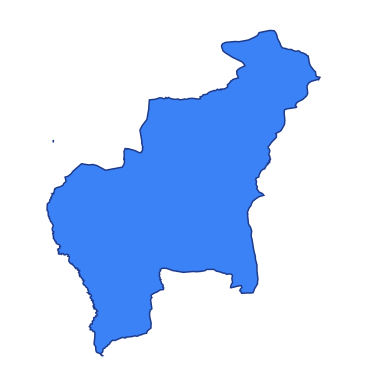 Shinyanga, Shinyanga, United Republic of Tanzania (Natural Earth projection), rotated 80°
{"feature_id": "72390352B3732768371218", "entity_name": "Shinyanga", "entity_type": "district", "adm_level": 2, "iso_a3": "TZA", "parent_name": "United Republic of Tanzania", "parent_adm1": "Shinyanga", "projection": "natural_earth1", "projection_center": [33.123, -3.598], "detail": "fine", "context": "isolated", "style": "filled", "palette": "blue", "viewbox_px": 384, "rotation_deg": 80, "n_neighbors": 0, "source": "geoboundaries", "source_scale": "gbopen_adm2", "svg_char_len": 6014}
<svg xmlns="http://www.w3.org/2000/svg" viewBox="0 0 384 384"><g transform="rotate(80 192 192)"><path d="M51.4,136.2L52.7,137.3L54.2,137.6L58.5,136.9L60.7,135.0L66.5,128.6L72.4,120.3L74.5,118.8L76.4,118.0L76.9,118.0L78.5,123.6L79.5,125.6L80.8,127.0L84.0,127.3L85.4,126.8L87.6,126.5L88.3,132.2L89.3,133.7L89.5,134.7L90.5,135.3L92.7,138.6L94.0,138.4L94.7,138.8L95.9,141.2L96.1,142.5L95.7,145.9L96.4,145.8L95.9,148.1L95.2,149.0L96.3,151.2L95.8,152.9L96.2,153.9L96.3,156.2L97.3,159.0L98.3,160.2L98.2,164.1L99.7,165.8L99.5,167.4L101.5,167.6L101.6,169.7L99.8,175.3L99.4,179.1L99.7,180.9L99.4,182.8L99.0,183.3L99.3,184.6L99.1,188.0L97.9,189.7L98.0,191.7L97.3,194.2L96.2,197.0L94.8,198.6L95.4,200.8L94.4,201.3L95.4,202.8L95.3,203.7L94.2,205.3L93.6,207.4L94.3,211.9L93.9,218.0L103.4,220.4L112.7,223.8L117.9,229.4L121.9,232.5L133.4,232.6L135.2,233.0L139.6,232.7L139.6,233.0L140.5,233.2L142.2,233.3L144.0,235.3L144.2,235.2L144.3,236.8L141.3,241.0L138.4,247.1L138.0,248.7L138.3,248.6L137.6,250.3L140.4,252.0L142.9,252.1L147.8,253.4L147.7,252.8L151.9,253.6L155.4,256.2L155.6,273.3L149.4,281.1L147.7,284.9L147.4,289.0L145.0,295.9L150.9,305.6L153.2,308.0L155.0,311.5L155.3,314.4L159.7,314.2L161.5,316.9L162.9,317.8L163.8,320.4L164.2,322.2L164.0,323.2L164.9,326.5L165.8,326.6L166.1,327.2L167.4,327.5L169.0,328.6L169.6,328.5L169.4,329.6L169.6,329.4L170.6,330.4L171.5,330.5L173.1,332.0L173.7,331.6L175.0,333.3L177.0,334.0L178.7,336.6L184.7,337.9L185.1,337.9L186.0,337.1L190.1,337.6L191.2,337.5L191.9,336.8L193.1,337.2L193.9,336.7L196.5,336.3L197.2,335.7L200.4,334.5L201.3,334.6L204.0,336.1L206.1,336.1L207.0,335.2L207.5,335.6L207.6,335.2L208.8,335.7L208.9,336.4L210.9,336.0L211.4,336.4L212.6,336.1L213.6,336.6L214.5,335.9L216.8,335.3L217.3,334.5L218.7,334.7L219.4,334.2L221.1,331.7L222.6,331.0L222.8,331.8L224.2,331.8L225.0,334.0L225.5,333.6L226.3,334.2L227.3,333.6L228.1,334.0L228.5,333.7L229.6,334.2L230.1,333.6L230.3,331.8L230.7,331.5L230.1,330.8L230.5,329.3L231.6,328.9L231.9,327.7L231.5,326.7L232.1,325.0L232.7,324.8L233.7,325.4L234.1,324.2L235.0,324.1L238.0,325.2L239.1,325.2L240.5,324.6L241.9,323.3L241.7,322.7L242.1,322.4L242.7,322.4L244.3,321.0L245.8,320.5L247.2,319.6L246.9,318.5L247.1,318.1L248.2,317.7L248.4,318.1L249.0,317.5L249.2,317.9L249.6,317.6L250.2,317.0L250.0,316.4L250.7,316.5L251.6,317.7L253.1,316.9L253.9,317.4L254.2,316.7L255.1,317.2L255.7,317.2L256.5,315.9L257.4,315.8L258.6,314.8L259.6,315.1L260.0,314.0L260.9,313.7L261.2,314.4L263.2,315.2L264.5,314.8L265.5,313.6L267.3,312.8L268.8,311.4L270.2,311.6L271.6,311.1L273.4,311.4L272.8,311.7L272.9,312.1L273.2,311.6L273.8,311.6L275.2,310.7L275.3,310.3L274.7,310.0L276.5,309.0L277.4,309.2L277.8,310.5L278.5,310.6L280.8,309.0L281.2,309.6L281.6,309.3L281.5,308.7L282.2,308.0L283.0,308.8L283.7,308.8L286.0,307.9L286.5,308.9L287.4,308.4L287.8,309.2L288.6,309.0L288.5,308.0L288.9,307.8L290.0,308.7L290.9,306.8L291.7,306.4L292.3,306.6L293.0,305.7L294.2,307.7L295.0,307.6L295.6,306.9L296.7,306.6L297.1,306.8L297.6,307.7L297.4,308.3L298.2,308.4L298.6,309.4L298.5,310.3L299.0,310.7L301.1,310.9L301.4,311.8L302.1,312.7L303.0,312.6L304.8,313.4L304.4,314.2L304.5,314.7L305.5,315.5L306.6,315.8L306.9,316.4L307.9,315.3L308.4,315.8L309.3,315.5L309.9,316.1L310.5,314.5L311.2,313.9L312.2,313.7L312.3,312.9L313.3,312.0L317.6,312.8L324.7,314.9L327.7,313.7L330.4,314.1L332.7,314.0L333.9,313.0L334.0,312.3L335.4,310.4L337.3,309.4L337.6,308.9L337.6,308.5L336.5,309.5L335.3,309.8L333.9,307.7L331.3,306.9L330.8,306.4L330.7,305.1L329.7,304.3L329.0,302.1L328.0,301.5L327.9,300.7L327.1,299.4L325.8,298.5L324.2,295.9L324.9,293.7L323.2,286.4L323.2,285.3L324.2,283.2L324.0,282.4L323.5,282.2L323.5,281.7L324.0,276.3L323.7,273.4L324.5,271.1L324.3,269.7L323.6,268.4L323.9,267.0L323.2,264.3L323.2,261.3L321.0,260.0L318.9,256.1L313.9,255.0L307.3,255.3L304.3,254.9L301.2,253.7L300.1,251.8L290.8,251.5L288.9,249.8L287.9,250.3L286.7,250.3L286.2,249.8L284.9,246.4L284.5,244.1L282.9,240.3L283.1,237.2L281.5,236.5L280.3,237.4L279.5,236.7L278.8,236.6L276.2,238.1L274.6,238.0L273.0,238.7L272.6,238.0L272.2,238.5L270.2,238.4L269.2,238.9L267.6,238.1L266.3,238.3L265.4,238.0L264.0,236.6L262.8,236.7L262.0,234.8L262.4,231.8L263.1,229.7L265.9,224.9L269.6,214.5L270.5,204.3L271.2,201.9L271.7,197.5L271.7,192.8L270.8,191.0L272.0,183.9L274.1,181.8L275.8,177.8L277.2,175.6L277.7,173.7L279.1,172.3L279.1,169.8L279.8,167.4L281.6,166.6L283.8,167.7L288.4,167.8L289.5,169.1L292.5,170.6L293.1,170.3L292.6,162.3L292.8,159.7L294.8,159.5L295.8,161.0L297.5,162.1L298.4,161.0L299.6,161.1L300.4,160.6L301.1,154.5L301.7,151.7L301.7,149.2L298.3,147.3L293.8,143.4L292.8,143.4L289.3,142.2L280.9,141.7L275.0,140.7L269.3,141.2L266.1,140.8L260.7,141.3L249.1,141.1L246.9,141.4L244.6,141.2L240.8,140.0L236.8,140.5L234.2,141.7L232.7,141.9L224.7,141.3L222.9,140.8L222.0,141.2L217.4,138.4L216.0,136.6L212.9,134.8L211.7,133.7L209.9,130.6L208.2,126.6L207.7,121.8L205.8,122.9L203.6,126.0L200.0,127.6L198.3,126.8L195.6,127.6L192.6,126.6L191.0,127.2L190.1,126.6L189.4,126.5L189.0,124.2L188.6,123.5L187.0,123.1L183.4,120.5L181.8,117.9L181.9,116.5L178.9,114.2L178.0,112.7L177.2,112.7L177.3,111.9L176.4,111.8L176.4,110.4L175.5,110.2L174.7,110.7L174.2,109.6L173.4,109.7L173.2,109.0L172.0,109.3L170.0,109.2L168.8,110.0L165.0,108.2L163.2,108.4L162.0,109.3L160.8,109.3L159.8,107.9L157.0,105.2L152.8,99.4L150.2,98.9L148.9,99.4L147.7,95.1L146.7,93.4L141.5,89.2L137.4,88.1L130.0,87.5L127.1,86.7L126.6,83.7L126.8,74.9L126.5,74.3L125.5,74.6L124.8,75.3L122.7,73.8L121.6,72.0L120.0,66.8L117.4,62.7L115.8,61.4L114.6,60.9L107.7,60.4L105.8,59.0L104.7,57.7L103.7,55.1L103.0,48.1L103.4,47.8L101.3,46.1L100.0,49.2L98.9,49.7L94.8,49.6L93.7,50.7L88.3,53.5L85.8,54.0L78.3,54.0L77.3,55.4L76.3,55.8L74.0,59.1L73.5,60.7L72.0,61.7L71.5,62.5L71.4,65.4L70.4,67.5L68.9,69.3L68.3,72.6L67.1,74.5L65.9,77.7L63.7,79.1L60.8,79.5L56.0,81.0L51.3,81.4L49.0,82.2L47.4,83.2L46.4,87.3L46.7,98.2L49.2,100.3L50.3,103.3L52.1,110.0L52.2,119.2L51.2,124.0L50.5,133.1L51.4,136.2ZM117.8,319.6L116.7,319.6L119.1,320.1L117.8,319.6Z" fill="#3b82f6" stroke="#1e3a8a" stroke-width="1.5"/></g></svg>